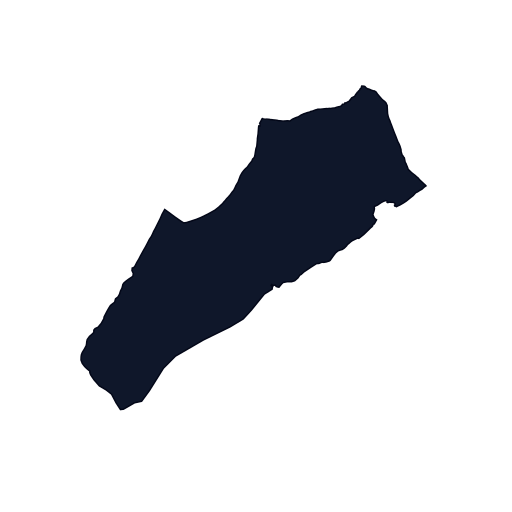 Pangani, Tanga, United Republic of Tanzania, rotated 34°
{"feature_id": "72390352B29030119078393", "entity_name": "Pangani", "entity_type": "district", "adm_level": 2, "iso_a3": "TZA", "parent_name": "United Republic of Tanzania", "parent_adm1": "Tanga", "projection": "robinson", "projection_center": [38.828, -5.615], "detail": "fine", "context": "isolated", "style": "filled", "palette": "ink", "viewbox_px": 512, "rotation_deg": 34, "n_neighbors": 0, "source": "geoboundaries", "source_scale": "gbopen_adm2", "svg_char_len": 5863}
<svg xmlns="http://www.w3.org/2000/svg" viewBox="0 0 512 512"><g transform="rotate(34 256 256)"><path d="M231.8,457.1L237.4,445.6L242.4,440.4L242.9,427.3L242.0,400.8L245.2,384.1L259.4,354.9L274.1,329.3L280.6,315.3L282.4,303.3L284.2,282.9L287.9,274.6L287.1,272.7L284.9,272.0L284.9,270.8L285.8,270.7L286.9,271.3L287.2,270.3L288.1,269.5L288.7,269.5L289.7,270.0L291.5,269.5L292.5,269.0L292.6,267.4L292.9,264.5L293.3,262.8L296.1,260.0L299.9,257.4L301.9,254.9L303.0,250.7L303.0,247.4L303.7,246.1L304.6,242.4L307.9,234.3L310.4,228.5L312.3,227.0L314.1,224.3L315.7,223.4L317.5,221.7L319.5,219.2L319.9,218.2L320.0,213.1L320.2,209.1L321.1,205.9L322.4,204.1L323.9,202.3L324.8,200.0L325.4,196.9L325.4,195.4L326.0,193.5L326.5,191.4L327.3,189.3L330.1,184.5L331.1,184.0L331.4,183.9L333.3,177.9L334.0,174.6L335.2,168.6L335.7,167.1L335.8,165.6L335.3,164.3L335.6,163.9L336.1,163.3L335.7,158.6L334.4,158.6L333.1,158.4L331.6,157.6L329.7,156.3L328.8,153.0L327.8,150.6L327.2,150.0L326.6,149.2L326.6,148.5L328.3,145.8L329.8,141.9L331.0,139.6L332.2,137.9L333.2,137.3L334.1,137.2L334.6,137.9L334.7,138.2L335.5,138.0L336.0,137.2L336.8,136.6L337.7,136.1L339.6,134.9L340.9,134.5L342.3,134.9L342.6,135.3L342.4,136.4L343.0,137.0L344.0,136.6L344.8,136.6L345.7,135.0L346.8,133.2L348.5,129.7L349.8,126.6L350.4,124.7L351.7,120.5L352.5,118.0L353.0,114.3L354.0,112.6L355.1,110.0L356.2,107.9L356.9,104.9L357.6,103.0L357.7,102.8L357.0,102.6L356.0,102.4L355.0,102.3L353.9,102.1L352.6,101.9L350.7,101.6L349.4,101.4L348.2,101.1L346.6,100.6L344.7,100.5L343.1,100.2L341.3,100.1L339.9,100.0L338.5,99.9L336.7,99.6L335.8,99.4L334.7,99.2L333.7,99.1L332.9,98.4L331.9,97.7L331.1,97.1L330.0,96.5L329.2,95.8L328.2,95.3L327.2,94.8L326.3,93.9L325.1,92.7L324.1,91.7L322.9,91.4L322.0,90.9L320.6,90.5L319.0,89.2L317.9,88.3L316.7,86.7L313.9,84.4L312.2,83.3L311.4,82.8L309.8,82.0L307.2,80.2L305.4,78.9L302.4,76.9L298.0,73.8L294.8,71.5L293.0,70.3L291.2,68.9L289.8,68.1L287.9,66.7L286.6,65.5L285.4,64.3L283.8,62.2L282.7,60.7L281.6,59.3L280.6,57.9L279.4,57.2L278.3,56.5L277.9,56.3L277.2,56.2L276.6,56.0L276.0,55.9L275.6,55.9L274.8,55.9L274.0,55.8L273.3,55.7L272.5,55.6L271.8,55.4L271.1,55.2L270.5,55.0L269.8,54.9L269.3,54.7L268.1,54.4L267.6,54.2L266.3,53.9L265.6,53.6L265.1,53.5L264.7,53.2L264.2,53.0L263.8,52.9L263.4,52.9L262.2,52.9L262.2,53.0L261.9,53.0L261.5,53.2L261.2,53.3L260.8,53.5L260.4,53.6L259.9,53.7L259.5,53.9L259.1,54.0L258.8,54.0L258.3,54.1L257.7,54.2L257.1,54.3L256.6,54.4L256.2,54.5L255.8,54.6L255.3,54.9L254.8,55.0L254.3,55.0L254.1,55.1L253.4,55.0L252.9,55.0L252.0,54.7L251.6,54.6L251.3,54.7L251.1,54.7L250.9,54.8L250.6,54.8L250.3,55.0L249.5,55.4L248.9,55.9L248.7,55.9L248.7,56.1L248.9,57.1L249.1,57.5L249.4,58.1L249.0,58.9L248.9,59.1L248.9,59.3L249.1,60.8L248.7,62.1L248.8,62.9L248.4,63.8L248.4,64.0L248.6,64.9L248.6,65.3L248.3,65.9L248.5,68.5L246.9,71.3L246.8,73.6L246.7,74.0L246.7,74.6L246.8,74.6L246.8,75.2L246.6,75.8L246.1,76.6L245.5,77.7L245.3,78.5L245.0,78.7L244.7,78.9L244.4,79.1L244.1,79.3L244.2,79.6L244.3,80.1L244.2,80.7L244.0,81.0L243.0,81.7L242.8,82.0L242.9,83.1L242.9,83.7L242.5,84.2L242.2,84.8L242.0,85.2L241.6,85.5L240.8,86.3L240.4,86.8L240.0,87.2L239.6,87.7L239.2,88.2L238.8,88.9L238.2,89.5L237.3,90.2L236.6,90.8L236.0,91.4L235.2,92.1L234.3,92.6L233.5,93.3L232.8,93.9L231.9,94.4L231.1,95.1L230.5,95.6L228.4,97.4L228.0,97.7L227.6,98.1L227.0,98.5L226.3,99.0L225.1,99.8L224.7,100.4L224.0,101.2L223.3,102.1L222.8,102.8L222.3,103.6L221.7,104.4L220.9,105.2L220.5,105.6L220.3,106.1L219.8,107.0L219.4,107.4L218.9,107.7L218.4,108.5L217.9,109.0L217.3,109.9L216.8,110.5L216.1,111.4L215.5,112.4L215.0,113.2L214.3,114.4L214.0,115.2L213.8,116.0L213.4,116.5L213.1,117.2L212.6,117.8L212.2,118.3L211.3,119.6L210.8,120.4L210.1,121.5L209.6,122.4L209.2,123.6L208.8,124.6L208.7,125.0L208.4,125.3L207.7,125.6L207.0,126.0L206.3,126.4L205.7,126.9L205.1,127.4L204.4,127.9L203.7,128.5L203.2,128.9L202.6,129.2L202.3,129.5L201.9,129.7L201.5,129.8L200.9,130.1L200.1,130.6L199.5,130.9L198.9,131.3L198.5,131.4L198.1,131.5L197.4,131.8L196.0,132.5L195.1,133.0L194.0,133.6L192.9,134.1L191.8,134.8L190.7,135.2L189.8,135.7L188.2,136.6L187.6,137.2L187.0,137.5L186.2,138.0L185.7,138.3L185.2,138.4L184.7,138.3L184.4,138.6L184.3,139.0L184.3,139.6L184.5,140.1L184.6,141.6L184.7,142.4L184.8,143.3L184.8,143.9L185.6,144.2L186.5,146.2L185.6,146.5L185.9,147.4L189.5,153.7L191.4,157.7L192.4,159.3L195.3,164.6L195.9,166.9L196.9,169.2L198.6,172.8L199.4,175.0L199.3,176.4L199.0,177.5L199.5,179.7L199.3,181.4L199.1,183.7L199.1,186.8L198.9,188.1L198.5,189.3L198.1,191.8L197.9,194.7L198.2,198.3L199.0,201.6L199.8,204.8L199.9,207.5L200.0,208.4L200.0,208.8L200.4,211.0L200.8,214.0L200.5,216.2L200.4,220.1L200.2,220.9L200.2,221.9L199.6,225.0L199.5,227.0L199.1,229.3L199.0,231.2L198.2,234.4L197.9,236.0L196.3,241.0L192.8,247.9L188.9,254.7L186.1,258.9L182.3,263.8L179.6,267.2L177.5,269.0L174.0,269.1L166.6,269.0L160.5,268.7L154.3,268.5L154.8,273.9L155.7,278.7L157.1,289.4L157.4,292.8L157.9,295.4L158.3,298.3L158.3,301.8L158.9,306.6L159.3,310.3L159.6,314.6L160.1,320.0L160.6,324.2L160.8,328.0L161.3,332.0L161.1,334.0L160.1,335.2L161.3,337.4L164.0,339.0L165.2,341.5L164.8,343.0L163.4,346.3L162.1,350.1L161.5,352.5L161.6,354.2L162.2,355.7L162.7,357.2L162.9,357.8L163.2,360.6L164.2,364.0L164.4,366.0L164.4,367.5L164.0,368.5L163.5,370.0L163.9,371.3L164.5,372.8L164.5,373.9L164.0,375.2L163.5,376.7L163.0,378.4L163.1,381.4L163.3,384.2L163.5,386.2L164.1,391.3L164.5,392.3L164.9,392.8L165.4,398.5L165.1,400.9L164.9,403.3L164.0,404.8L163.2,406.1L163.0,408.1L164.0,409.6L164.2,410.6L163.6,413.2L162.9,415.7L162.8,419.6L163.6,421.7L164.7,423.7L165.4,425.4L165.8,429.5L165.9,433.0L166.5,435.6L167.4,437.4L169.1,440.1L172.1,442.2L175.7,443.4L178.4,443.9L180.9,444.2L182.7,444.3L183.1,445.2L184.1,446.1L185.7,447.1L190.9,449.2L198.8,451.3L206.6,450.8L213.5,451.3L222.2,456.0L229.5,459.1L231.8,457.1Z" fill="#0f172a" stroke="#020617" stroke-width="1.5"/></g></svg>